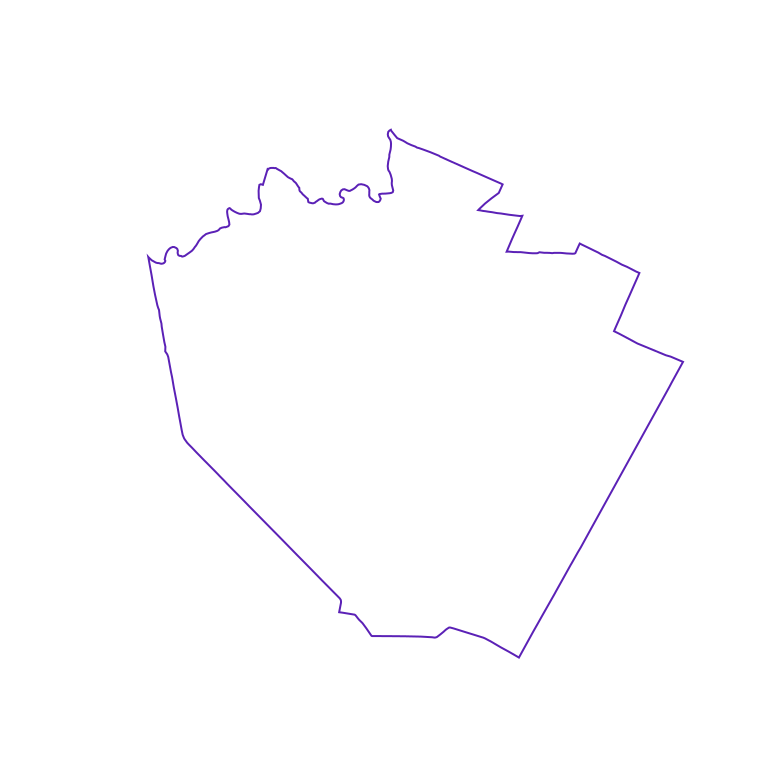 the district of Gologanu, Vrancea, Romania, rotated 23°
{"feature_id": "2599482B67293682985135", "entity_name": "Gologanu", "entity_type": "district", "adm_level": 2, "iso_a3": "ROU", "parent_name": "Romania", "parent_adm1": "Vrancea", "projection": "orthographic", "projection_center": [27.287, 45.606], "detail": "fine", "context": "isolated", "style": "outline", "palette": "violet", "viewbox_px": 768, "rotation_deg": 23, "n_neighbors": 0, "source": "geoboundaries", "source_scale": "gbopen_adm2", "svg_char_len": 5949}
<svg xmlns="http://www.w3.org/2000/svg" viewBox="0 0 768 768"><g transform="rotate(23 384 384)"><path d="M615.1,583.1L615.2,582.0L618.1,553.7L619.1,545.0L620.2,535.1L623.1,510.0L623.3,507.7L624.6,495.7L626.6,476.9L626.7,476.4L628.2,463.2L629.0,457.3L631.1,436.6L644.7,305.3L647.8,275.4L648.2,270.6L650.6,246.8L648.8,246.8L643.9,246.8L639.2,246.8L637.1,246.8L634.7,247.1L632.3,247.4L609.9,247.6L601.5,247.7L580.5,245.8L575.1,245.5L575.1,242.1L575.2,235.2L575.3,228.3L575.2,216.6L575.4,207.1L575.5,199.0L575.7,185.4L575.7,182.0L572.2,182.0L561.9,181.2L556.3,181.2L550.3,180.6L540.8,180.0L537.3,179.8L534.2,179.9L529.9,179.3L525.5,179.1L520.1,178.8L511.9,178.4L509.3,178.2L509.2,180.6L509.1,184.7L509.0,188.8L508.3,189.6L506.5,190.5L504.5,191.2L501.3,192.4L496.5,193.9L494.8,194.5L491.0,196.1L489.2,196.9L487.8,197.8L484.9,198.7L480.0,200.7L475.6,202.0L474.3,203.5L473.0,204.2L469.4,205.7L466.6,206.7L458.0,209.3L455.7,210.3L453.7,211.1L451.7,211.9L447.1,213.4L445.2,214.3L445.2,207.4L445.2,200.6L445.3,194.9L445.5,186.8L445.6,177.9L445.6,175.1L443.7,176.2L440.7,177.1L433.1,179.3L429.2,180.3L425.2,181.3L421.3,182.5L416.4,183.6L412.4,184.7L409.9,185.3L407.5,186.0L405.1,186.5L402.8,187.1L403.4,185.5L406.5,178.4L410.4,171.1L415.0,163.3L415.2,153.9L413.8,153.8L398.8,153.6L391.9,153.5L387.4,153.4L382.6,153.4L359.4,153.0L354.9,152.9L346.7,152.7L345.4,152.4L336.2,152.5L332.0,152.7L328.1,152.9L323.7,153.2L322.1,153.5L320.1,153.2L315.9,153.4L311.3,153.3L308.9,152.9L306.5,152.6L300.1,152.5L296.4,150.6L291.6,148.0L291.0,147.3L290.2,148.3L289.9,148.8L289.4,150.2L289.9,152.6L291.0,154.4L292.3,155.4L294.3,156.7L295.7,158.4L296.6,160.1L297.7,163.0L298.4,165.4L298.7,167.1L298.9,168.4L299.3,170.8L300.2,173.0L300.6,175.3L301.0,177.6L302.3,182.0L303.7,184.5L304.7,185.7L306.2,186.6L308.4,188.8L311.0,192.1L312.0,194.0L312.6,196.0L313.5,197.8L315.0,199.8L316.2,201.4L316.9,202.3L317.1,204.0L316.1,205.2L314.8,206.1L311.1,208.1L307.8,209.6L305.7,210.9L305.4,211.4L306.5,212.7L307.5,213.7L308.5,214.6L308.7,215.8L308.5,217.4L307.9,218.6L306.8,219.1L305.8,219.5L303.5,219.4L302.7,219.3L301.2,218.7L300.0,218.4L299.2,218.2L298.1,217.7L297.2,216.9L296.5,215.8L296.2,214.8L295.3,212.7L294.8,211.2L293.6,209.8L292.2,208.9L291.2,208.5L288.0,208.4L284.9,209.0L282.6,210.4L281.7,212.2L281.0,214.1L280.1,215.7L279.0,217.3L277.9,218.6L277.1,219.6L276.0,220.0L274.7,220.1L273.1,220.1L271.6,220.1L270.1,220.9L269.0,222.6L268.8,224.4L268.9,225.5L269.0,226.5L270.1,228.1L271.4,228.8L272.2,228.8L273.3,228.7L274.1,228.8L274.6,229.3L275.0,229.9L275.2,230.5L275.3,231.1L275.3,232.0L275.1,232.9L274.4,234.0L273.9,234.5L272.5,235.8L271.4,236.6L269.3,237.6L266.8,238.4L265.1,238.7L263.8,239.0L262.8,239.6L261.0,239.7L258.8,239.4L257.3,239.1L255.3,237.5L254.4,237.6L253.0,238.7L252.3,239.4L251.7,240.3L250.9,241.7L249.9,243.2L249.7,243.9L249.1,244.5L248.5,245.1L247.8,245.5L247.1,245.7L245.3,246.0L244.3,246.2L243.2,246.0L241.4,243.2L240.6,243.1L238.4,242.3L236.8,241.7L235.8,241.4L234.8,241.0L234.1,240.6L233.2,240.1L232.0,239.7L231.1,239.3L230.6,238.8L230.2,238.2L229.7,237.3L229.5,236.7L229.3,236.5L228.6,236.2L227.3,235.4L226.7,235.0L225.7,234.3L224.8,233.7L224.5,233.5L223.5,233.1L222.5,232.8L222.1,232.7L221.6,232.5L220.8,232.0L220.1,231.7L219.6,231.4L219.1,231.4L217.8,231.4L216.4,231.3L215.4,231.2L214.6,231.1L213.5,230.7L212.6,230.4L210.9,229.8L209.8,229.4L209.1,229.2L208.2,228.9L207.1,228.6L206.5,228.3L205.4,228.2L203.4,228.0L202.6,227.9L201.5,227.8L200.6,227.6L200.1,227.5L199.7,227.6L199.0,228.0L198.4,228.2L198.1,228.2L197.1,228.6L195.9,229.1L195.0,229.6L194.2,230.3L193.4,231.5L193.4,231.8L192.9,231.7L194.7,248.0L192.6,248.2L191.5,249.3L192.0,251.6L193.1,255.2L196.1,261.7L198.1,263.7L200.7,267.0L201.9,270.5L202.3,273.4L201.1,275.8L199.8,277.0L197.8,278.7L196.2,279.5L194.7,279.9L193.4,280.4L192.1,280.7L188.9,281.6L187.8,282.2L186.5,283.0L185.3,283.5L184.3,283.8L182.0,283.9L179.7,283.8L177.8,283.6L175.4,283.2L173.8,282.5L173.0,282.5L172.4,283.2L171.9,284.1L171.8,285.1L172.3,286.8L172.9,287.9L173.6,289.1L174.6,290.7L176.8,293.6L178.3,295.7L179.4,297.7L179.1,299.5L177.6,301.0L176.6,301.8L175.9,301.9L173.6,303.5L172.2,305.0L171.9,306.2L171.5,307.1L170.7,308.2L168.9,309.8L167.5,310.8L165.9,311.9L164.1,313.3L161.6,315.5L160.5,317.5L159.6,319.0L158.3,322.4L157.6,324.9L157.3,327.5L156.9,330.1L156.4,331.7L155.9,334.2L155.5,335.4L155.1,336.5L153.6,339.0L151.6,342.2L150.7,343.7L149.7,344.7L148.4,345.6L147.2,345.4L145.8,345.9L144.4,345.8L143.3,344.7L142.7,343.7L142.2,341.9L141.0,340.5L139.8,340.0L137.5,339.9L136.0,340.4L134.3,342.1L133.3,344.1L132.7,346.3L132.5,349.1L132.8,351.3L133.4,355.0L134.6,356.1L134.7,357.1L134.3,358.4L133.4,359.5L131.9,360.4L129.5,360.7L128.1,361.2L126.4,361.4L124.7,361.2L123.0,361.0L121.9,360.9L120.8,360.5L118.0,359.5L117.4,359.2L118.0,360.1L122.3,366.7L127.5,374.6L133.6,384.2L138.3,391.2L144.6,400.1L146.4,402.2L148.0,403.8L151.1,409.3L152.3,411.1L155.5,415.3L157.0,418.1L161.2,424.7L165.4,431.2L168.2,435.1L169.9,439.5L172.9,441.4L174.8,443.4L183.3,456.3L186.1,460.3L187.4,462.3L191.8,469.2L197.6,477.8L203.5,486.7L208.2,494.0L211.4,498.8L215.6,505.2L218.5,509.4L221.3,512.2L222.5,513.0L225.8,515.0L228.3,516.1L232.0,517.6L238.2,520.3L247.8,524.3L257.6,528.3L263.2,530.6L269.5,533.3L274.4,535.3L278.5,537.1L285.5,540.0L295.7,544.2L303.4,547.4L308.1,549.4L348.8,566.2L370.6,575.3L387.1,582.1L403.6,589.0L426.8,598.5L427.5,598.9L428.5,599.6L429.3,600.7L429.9,602.2L430.4,604.6L431.9,611.6L435.6,610.6L447.1,607.8L448.1,608.0L451.9,610.1L453.3,610.8L457.6,612.5L463.2,615.8L470.7,620.6L471.3,620.7L471.7,620.6L485.3,614.9L495.9,610.5L502.7,607.7L516.7,602.1L527.3,598.3L529.6,597.7L530.5,597.2L531.6,596.2L533.7,592.5L535.7,588.7L536.3,587.3L537.2,585.5L538.4,583.7L539.1,582.7L540.1,582.3L543.6,581.8L556.7,580.5L560.6,580.1L564.5,579.7L572.6,578.9L574.4,578.7L576.4,578.7L581.0,579.1L582.5,579.2L590.1,580.2L594.8,580.8L598.9,581.2L603.0,581.6L611.3,582.6L615.1,583.1Z" fill="none" stroke="#5b21b6" stroke-width="2"/></g></svg>